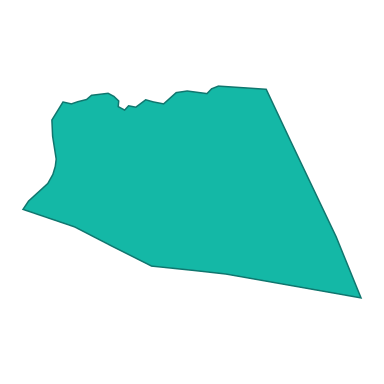 Coronel Ezequiel, Rio Grande do Norte, Brazil
{"feature_id": "56859067B91601220051830", "entity_name": "Coronel Ezequiel", "entity_type": "district", "adm_level": 2, "iso_a3": "BRA", "parent_name": "Brazil", "parent_adm1": "Rio Grande do Norte", "projection": "albers", "projection_center": [-36.229, -6.36], "detail": "fine", "context": "isolated", "style": "filled", "palette": "teal", "viewbox_px": 384, "rotation_deg": 0, "n_neighbors": 0, "source": "geoboundaries", "source_scale": "gbopen_adm2", "svg_char_len": 573}
<svg xmlns="http://www.w3.org/2000/svg" viewBox="0 0 384 384"><path d="M51.9,120.0L52.6,136.1L56.2,159.1L55.3,166.3L52.9,174.4L47.8,183.5L28.6,201.0L23.0,209.4L74.6,226.9L112.0,246.2L151.6,266.1L193.4,270.4L225.7,274.0L361.0,297.9L336.2,236.9L290.4,140.7L266.2,89.3L251.7,88.3L218.4,86.1L211.6,88.8L207.0,93.6L187.2,91.0L176.2,92.6L163.6,103.9L153.3,101.9L145.7,99.8L135.8,107.2L128.6,105.8L124.6,110.1L118.2,106.6L118.7,101.0L113.9,96.4L108.1,93.3L91.5,95.3L86.6,99.5L77.8,101.7L71.4,103.9L63.0,102.0L51.9,120.0Z" fill="#14b8a6" stroke="#0f766e" stroke-width="1.5"/></svg>